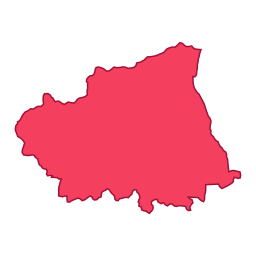 Santa Teresa, Espírito Santo, Brazil
{"feature_id": "56859067B94246844469719", "entity_name": "Santa Teresa", "entity_type": "district", "adm_level": 2, "iso_a3": "BRA", "parent_name": "Brazil", "parent_adm1": "Espírito Santo", "projection": "mercator", "projection_center": [-40.64, -19.868], "detail": "fine", "context": "isolated", "style": "filled", "palette": "rose", "viewbox_px": 256, "rotation_deg": 0, "n_neighbors": 0, "source": "geoboundaries", "source_scale": "gbopen_adm2", "svg_char_len": 3585}
<svg xmlns="http://www.w3.org/2000/svg" viewBox="0 0 256 256"><path d="M210.2,118.8L208.2,115.9L206.4,111.0L204.2,104.0L199.0,94.1L197.4,92.6L196.1,90.9L194.3,87.9L193.5,85.0L193.0,82.1L193.0,78.9L192.8,76.7L194.9,76.7L196.5,74.9L196.7,71.4L197.2,69.2L197.4,66.8L197.4,64.2L198.0,61.9L198.3,59.3L199.1,56.5L199.4,54.6L200.1,52.2L201.0,49.6L195.3,49.1L193.2,47.9L191.7,46.0L189.0,46.5L186.0,46.5L184.4,45.3L182.4,43.4L179.8,42.7L177.3,45.3L175.2,47.1L171.9,47.1L168.7,48.1L166.6,49.2L165.3,50.8L163.8,52.4L162.0,53.3L159.8,54.0L158.2,54.9L156.1,55.6L154.1,56.2L152.3,56.4L150.2,56.8L147.6,56.8L146.0,58.1L144.4,59.9L140.5,62.1L138.3,62.6L136.6,63.0L136.1,65.4L134.3,67.2L132.4,67.8L130.1,68.1L128.1,68.3L125.1,67.1L122.5,66.9L120.5,67.4L118.3,67.6L116.1,67.6L114.1,67.0L112.1,68.7L109.6,70.6L106.9,71.3L103.4,68.6L100.2,67.4L97.5,67.0L95.6,68.1L94.9,71.4L94.0,74.1L92.4,75.6L89.8,76.0L88.4,77.1L86.7,79.3L86.4,81.7L87.8,82.8L87.5,85.0L87.7,88.0L87.1,90.7L87.2,92.6L87.3,94.9L85.1,96.6L82.8,97.4L79.3,98.1L77.2,99.5L76.0,101.3L74.0,103.1L71.0,102.7L68.2,102.0L66.3,103.2L64.7,104.3L62.2,103.6L60.7,102.4L59.1,101.3L57.3,101.1L55.1,101.7L53.9,100.1L53.0,98.2L51.3,96.9L50.3,95.1L48.0,93.6L44.6,93.7L43.4,95.5L43.2,97.7L43.1,100.0L43.3,101.9L43.6,103.7L42.5,105.2L41.0,106.4L38.8,106.3L37.1,106.6L33.3,109.1L30.6,108.8L27.9,110.8L25.3,111.9L23.6,113.8L22.3,115.7L21.1,118.3L19.4,120.9L17.6,121.7L17.4,123.7L15.9,125.7L15.4,128.4L15.5,130.7L16.6,133.3L17.8,136.5L20.6,138.1L23.0,140.4L24.6,142.8L24.0,145.1L23.3,147.1L22.4,149.7L22.1,152.3L23.6,154.9L25.5,155.2L27.2,155.5L29.2,155.5L32.6,154.8L34.3,155.5L35.4,157.3L37.7,159.1L38.5,162.3L39.3,164.8L41.1,166.0L42.3,167.9L43.9,168.9L46.3,169.2L47.2,171.5L46.5,174.0L47.6,175.8L49.8,175.4L52.2,175.7L51.5,177.4L53.4,177.2L55.1,177.6L57.2,177.6L59.0,179.1L61.3,179.0L60.1,182.4L59.7,184.4L58.9,186.6L58.7,189.3L58.7,195.9L62.3,196.8L64.9,196.0L66.9,196.1L67.0,198.7L67.3,201.8L69.6,202.1L71.2,200.9L74.4,199.5L77.4,198.3L79.5,198.4L82.2,200.7L84.4,200.0L86.2,198.8L87.7,197.5L89.8,196.1L91.9,196.8L92.7,198.8L94.4,200.0L96.8,199.7L98.7,197.7L101.0,197.0L101.4,194.8L101.6,192.6L102.9,191.3L105.6,190.3L107.1,188.7L109.3,189.8L110.5,191.7L111.5,193.2L113.2,194.7L114.6,196.4L115.0,199.4L116.6,200.7L118.3,200.5L119.4,198.8L121.8,198.4L123.9,197.7L125.9,197.3L128.3,197.7L129.8,196.0L131.8,194.2L132.6,191.2L134.5,189.7L136.6,190.1L137.1,192.4L138.6,193.4L139.4,195.6L139.9,197.7L138.7,200.2L138.2,202.0L139.3,203.5L138.8,205.9L141.1,207.1L141.7,209.9L143.6,210.7L146.1,211.2L147.6,212.4L149.5,213.3L151.1,211.5L152.6,209.8L153.2,207.6L152.8,205.5L151.3,204.3L151.6,201.6L153.4,200.2L155.0,199.6L157.0,199.3L158.0,201.9L161.1,203.7L163.5,202.6L165.0,204.6L167.6,205.9L169.7,203.9L172.1,204.1L174.3,206.0L177.0,206.4L179.0,205.6L181.3,205.9L183.8,206.0L185.7,206.6L186.6,209.2L188.4,210.5L190.6,210.3L189.8,207.5L191.0,204.9L192.9,202.9L192.1,199.9L189.9,198.7L188.3,197.2L197.8,197.5L199.9,199.5L202.0,201.1L203.6,201.6L204.4,199.8L204.6,197.3L204.7,195.0L205.2,192.9L205.7,190.3L205.7,187.7L205.7,184.7L218.5,184.1L219.6,186.6L221.9,188.5L224.8,187.1L227.0,186.1L229.2,184.8L231.7,183.3L233.4,181.6L233.3,179.7L234.3,177.4L236.3,177.8L238.2,178.4L240.2,177.9L240.6,175.0L240.1,172.1L237.6,171.4L235.5,170.9L233.3,170.4L230.9,170.9L228.8,171.8L227.5,159.0L226.5,156.8L226.7,154.8L225.8,152.1L223.4,150.4L222.0,147.9L220.3,146.5L218.9,144.1L218.1,141.8L216.2,140.7L214.4,138.6L213.4,136.6L211.7,135.2L210.7,133.3L211.0,130.8L210.0,128.7L210.1,126.0L210.6,123.8L211.0,121.3L210.2,118.8Z" fill="#f43f5e" stroke="#9f1239" stroke-width="1.5"/></svg>